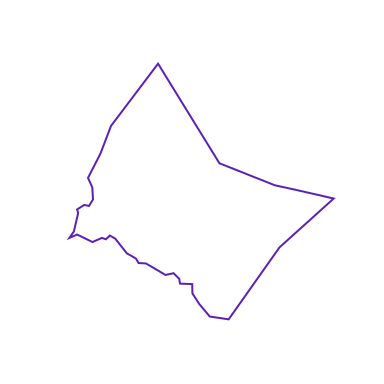 the district of Lee, Texas, United States of America, rotated 160°
{"feature_id": "52423323B12429161322070", "entity_name": "Lee", "entity_type": "district", "adm_level": 2, "iso_a3": "USA", "parent_name": "United States of America", "parent_adm1": "Texas", "projection": "equal_earth", "projection_center": [-96.865, 30.295], "detail": "fine", "context": "isolated", "style": "outline", "palette": "violet", "viewbox_px": 384, "rotation_deg": 160, "n_neighbors": 0, "source": "geoboundaries", "source_scale": "gbopen_adm2", "svg_char_len": 628}
<svg xmlns="http://www.w3.org/2000/svg" viewBox="0 0 384 384"><g transform="rotate(160 192 192)"><path d="M178.0,314.4L180.0,324.2L245.5,281.8L264.9,259.4L284.9,240.8L284.1,230.4L287.6,218.8L293.6,214.1L297.7,216.7L306.0,214.9L306.1,211.3L316.5,195.3L322.9,190.8L314.5,191.3L302.6,179.0L292.3,179.7L289.1,177.0L284.1,179.2L280.1,174.5L274.2,156.6L267.5,148.8L266.5,143.5L259.7,140.6L245.3,123.1L237.1,122.0L233.7,114.7L234.6,110.0L223.3,105.4L226.3,96.6L223.5,84.3L217.9,68.9L201.1,59.8L128.8,110.0L61.1,137.4L92.3,157.6L112.0,170.1L127.4,183.8L156.4,209.6L178.0,314.4Z" fill="none" stroke="#5b21b6" stroke-width="2"/></g></svg>